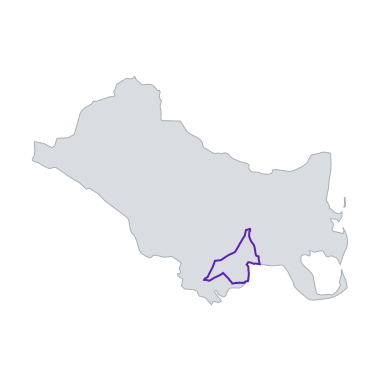 Gubadag, Tashauz, Turkmenistan shown in context, rotated 184°
{"feature_id": "10190150B74382957458545", "entity_name": "Gubadag", "entity_type": "district", "adm_level": 2, "iso_a3": "TKM", "parent_name": "Turkmenistan", "parent_adm1": "Tashauz", "projection": "orthographic", "projection_center": [57.511, 41.081], "detail": "fine", "context": "in_parent", "style": "outline", "palette": "violet", "viewbox_px": 384, "rotation_deg": 184, "n_neighbors": 0, "source": "geoboundaries", "source_scale": "gbopen_adm2", "svg_char_len": 4737}
<svg xmlns="http://www.w3.org/2000/svg" viewBox="0 0 384 384"><g transform="rotate(184 192 192)"><path d="M107.1,123.9L124.8,125.1L130.2,125.9L132.5,123.3L132.4,122.7L131.5,122.2L130.3,120.4L129.1,108.3L130.7,106.6L132.4,105.4L135.0,101.6L136.4,100.4L138.4,99.5L145.1,99.2L147.9,98.5L150.3,94.1L150.7,91.6L152.5,89.6L153.6,89.6L158.1,91.3L159.1,92.2L160.6,95.3L162.3,95.1L162.6,94.6L162.4,93.9L161.1,91.9L158.2,88.4L155.4,86.2L155.2,85.4L157.5,83.6L162.3,84.3L163.5,83.8L164.7,80.9L171.0,87.2L172.2,87.8L177.2,88.6L178.1,89.5L179.9,93.1L181.6,94.1L183.8,94.7L192.7,94.7L195.5,97.1L196.0,97.7L195.5,99.4L195.5,102.8L194.8,104.1L195.3,104.7L198.5,106.0L200.4,108.1L200.7,109.0L200.1,109.7L198.6,109.4L197.9,110.4L198.0,112.1L199.1,113.8L199.5,115.3L198.0,118.8L198.0,120.3L198.6,121.1L206.9,126.1L208.2,126.2L216.0,124.9L217.5,125.5L224.4,126.4L226.3,126.1L227.6,124.4L228.8,123.6L230.0,123.5L233.3,124.5L236.9,126.6L239.3,128.5L240.5,130.3L244.2,140.4L246.5,144.5L249.1,146.6L251.0,150.5L253.0,159.2L254.1,160.9L258.1,164.2L278.4,177.2L284.7,183.1L294.3,188.6L297.6,187.6L305.2,193.6L310.0,195.7L316.2,199.1L329.3,206.9L332.0,207.0L334.9,205.4L337.5,205.9L342.4,207.7L347.7,210.6L352.1,211.4L353.5,212.8L353.6,213.6L351.6,218.1L351.8,223.7L352.8,231.0L351.6,231.2L343.0,230.0L334.6,226.3L332.8,227.9L331.9,229.5L330.5,236.1L319.6,237.5L313.5,241.1L309.1,262.4L308.0,265.1L304.6,268.7L298.5,272.6L297.7,274.0L297.5,275.2L296.8,275.7L293.3,275.9L280.2,281.4L277.2,281.6L276.1,282.0L275.6,282.9L277.3,286.9L276.2,288.2L275.4,290.3L275.0,293.9L266.4,300.1L264.6,300.9L261.0,300.5L259.2,301.2L257.4,303.1L256.5,302.6L255.9,300.9L254.9,299.7L249.2,295.5L242.8,296.5L240.4,296.3L238.5,295.6L235.5,293.1L233.6,290.8L231.6,291.1L231.0,290.0L230.8,288.6L231.3,286.9L231.1,283.8L229.9,281.6L228.6,280.7L229.8,277.0L229.7,274.3L228.7,271.4L228.2,267.2L228.3,263.1L227.0,261.1L208.5,261.9L201.7,252.5L198.9,250.2L189.7,246.4L187.1,244.3L185.0,241.9L184.4,238.7L183.3,236.7L181.9,236.5L174.7,232.8L171.8,231.8L168.0,232.8L165.6,231.8L162.9,233.3L161.8,233.4L158.8,232.5L155.2,229.1L152.2,227.7L145.9,225.5L141.4,224.8L137.5,223.5L137.1,223.0L137.0,220.0L136.5,218.8L135.4,217.4L133.8,216.3L127.1,216.3L124.1,215.2L121.6,215.0L116.3,215.1L114.6,215.9L113.5,216.8L112.9,219.7L112.3,220.1L107.1,220.1L96.1,219.2L91.5,220.6L84.2,224.8L80.0,228.3L78.8,229.9L76.2,236.4L75.1,237.3L73.6,238.0L72.2,238.1L65.5,240.4L63.0,241.0L56.5,240.4L55.3,230.7L55.0,223.0L56.1,212.4L56.1,205.6L57.5,195.3L57.3,192.8L54.1,188.1L53.8,184.9L51.8,184.7L48.7,181.9L45.5,180.7L44.0,180.5L42.5,181.2L41.3,182.7L40.7,180.3L40.8,177.7L43.6,172.6L45.1,174.2L47.0,174.9L51.9,174.8L51.5,173.0L49.1,171.1L48.7,168.7L49.0,166.3L49.8,164.0L49.0,163.0L47.9,162.4L45.3,162.3L38.5,161.1L37.6,163.8L39.3,167.5L36.4,163.2L34.5,158.9L33.4,153.9L33.4,148.6L36.5,140.3L39.1,130.0L41.5,134.5L43.3,136.5L47.5,138.0L49.5,137.8L51.7,136.7L53.8,137.2L57.0,141.9L59.3,142.5L64.3,140.9L66.7,140.6L68.7,141.5L70.8,141.6L69.9,139.4L69.6,137.4L70.9,136.3L74.7,137.6L77.9,136.5L78.4,136.0L78.8,134.2L78.5,130.6L77.8,129.1L76.1,126.9L69.4,121.6L67.2,119.5L65.4,116.9L62.7,106.4L60.6,99.7L59.7,98.9L55.8,98.2L48.3,99.4L45.6,98.9L44.4,99.6L41.2,102.2L39.6,104.5L37.4,109.9L38.8,111.7L37.1,120.8L37.6,124.8L37.3,125.0L35.3,120.0L32.5,115.0L30.4,107.4L35.1,102.8L39.1,99.6L43.4,97.2L47.7,95.7L57.4,93.5L62.7,92.7L66.9,92.7L70.2,94.5L78.9,100.8L82.6,104.2L83.7,105.6L84.7,108.9L91.0,119.5L92.5,121.0L95.0,124.4L97.4,125.5L107.1,123.9ZM39.6,196.3L39.3,197.7L38.3,193.5L37.9,188.8L38.7,187.6L39.6,187.7L38.7,189.3L39.6,196.3Z" fill="#d9dde1" stroke="#a8b0b8" stroke-width="1"/><path d="M171.6,105.2L168.4,104.7L163.5,108.2L157.8,111.3L155.4,113.4L149.1,107.8L148.1,106.3L146.8,105.4L146.7,105.3L145.4,103.5L144.6,103.7L143.5,103.9L143.0,104.0L142.3,104.3L141.5,104.3L141.1,104.3L141.1,104.5L138.9,104.6L138.7,104.9L135.0,104.8L134.8,105.1L133.1,105.1L132.6,106.4L130.0,107.0L129.7,110.1L129.6,113.1L129.7,115.5L130.3,118.1L130.5,121.4L132.4,123.5L130.9,125.9L128.9,125.8L125.2,124.6L123.9,125.1L119.4,124.7L120.3,127.8L120.9,130.1L120.9,131.0L121.1,132.4L123.4,132.9L123.5,133.0L124.1,134.5L124.4,135.4L125.0,138.2L125.5,140.3L126.3,142.9L127.4,144.4L129.3,146.5L131.0,149.6L132.0,152.1L132.0,153.8L132.0,154.6L132.0,156.3L131.9,156.3L131.4,156.9L131.4,159.0L131.5,159.2L131.9,159.1L135.4,157.8L135.5,157.8L135.9,155.1L136.4,151.9L136.5,151.7L137.0,151.0L138.3,148.5L138.7,147.7L139.9,145.2L140.8,143.7L141.0,142.8L144.9,135.1L145.4,134.8L146.7,134.0L151.0,131.7L154.4,129.2L158.4,126.1L161.2,125.5L164.3,125.0L164.8,123.1L166.0,118.9L167.7,114.9L169.1,111.7L170.4,108.4L173.2,106.4L173.8,105.4L173.8,105.1L173.7,105.1L173.0,105.3L172.7,105.4L171.6,105.2Z" fill="none" stroke="#5b21b6" stroke-width="2"/></g></svg>